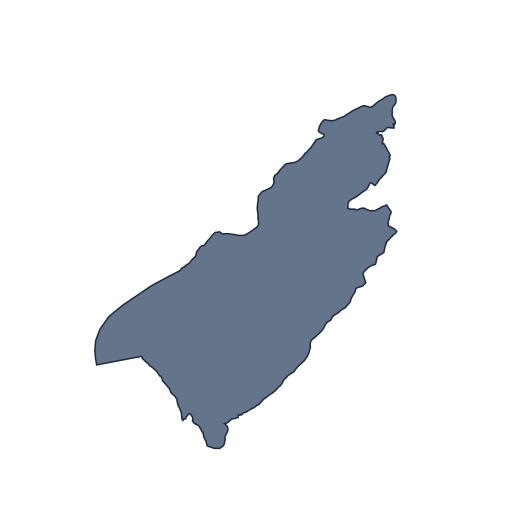 Tota, Boyacá, Colombia (Mercator projection), rotated 198°
{"feature_id": "7082276B21893770290746", "entity_name": "Tota", "entity_type": "district", "adm_level": 2, "iso_a3": "COL", "parent_name": "Colombia", "parent_adm1": "Boyacá", "projection": "mercator", "projection_center": [-73.015, 5.476], "detail": "fine", "context": "isolated", "style": "filled", "palette": "slate", "viewbox_px": 512, "rotation_deg": 198, "n_neighbors": 0, "source": "geoboundaries", "source_scale": "gbopen_adm2", "svg_char_len": 6058}
<svg xmlns="http://www.w3.org/2000/svg" viewBox="0 0 512 512"><g transform="rotate(198 256 256)"><path d="M243.8,60.3L243.3,60.4L241.7,60.2L235.9,60.2L233.4,61.1L231.6,61.5L230.8,62.1L228.7,64.9L228.2,66.5L228.1,67.6L228.5,70.7L228.5,71.6L228.4,71.9L229.7,74.2L229.7,75.0L229.4,75.9L229.4,77.4L229.0,78.9L228.9,79.7L228.9,80.9L229.3,83.1L230.7,85.2L234.3,86.9L233.3,87.3L231.2,89.1L229.8,91.8L228.7,93.3L226.7,94.6L225.5,95.1L224.3,96.3L223.1,96.8L223.7,99.6L222.9,99.4L222.2,99.6L220.9,100.4L220.3,101.0L220.0,101.7L219.6,103.1L217.7,104.0L216.8,104.8L215.9,106.1L212.5,109.9L211.0,111.1L209.0,114.3L207.7,115.2L207.1,116.1L204.8,121.7L202.6,124.7L199.7,129.0L197.6,131.2L196.8,132.9L195.7,134.4L193.8,138.8L193.0,139.7L192.3,141.4L191.9,142.7L191.2,147.2L189.8,149.4L188.7,152.0L188.1,153.0L184.6,157.1L184.1,157.8L183.2,160.9L181.3,165.3L178.0,170.8L177.3,172.7L176.2,176.2L175.9,178.6L175.8,181.7L176.1,184.3L175.9,185.6L177.2,188.9L177.5,190.4L177.3,193.0L174.2,197.9L173.4,199.6L171.7,202.3L170.3,205.4L169.3,208.3L168.9,212.4L167.9,214.7L167.3,215.7L165.3,217.8L164.9,218.8L164.7,220.8L163.8,223.2L159.9,227.8L159.2,229.5L157.8,231.6L157.1,232.2L156.0,233.5L155.1,234.3L154.5,236.3L153.2,238.8L152.1,241.9L152.5,243.7L152.1,247.0L150.7,252.4L151.0,255.2L150.8,256.1L149.0,257.9L146.5,259.4L145.4,260.4L143.4,264.4L147.9,270.9L148.6,272.2L148.8,273.3L147.7,275.9L145.8,279.4L144.4,281.5L140.8,284.4L139.8,285.0L140.4,292.8L139.7,293.8L137.9,296.0L136.5,297.5L135.5,299.0L136.2,304.8L136.1,307.0L135.9,308.4L136.4,309.3L134.0,313.9L133.6,315.3L132.6,316.8L131.9,318.7L131.4,319.5L130.6,320.1L129.7,322.9L130.8,323.6L132.8,324.5L133.6,324.7L136.9,325.2L139.5,325.8L140.5,328.0L140.9,330.8L140.8,332.0L141.0,334.2L141.4,335.6L141.3,336.3L140.9,337.6L141.0,339.1L141.2,339.9L142.1,340.7L143.6,341.5L145.6,343.4L146.2,343.7L147.4,344.9L148.3,344.4L149.1,343.3L151.1,342.1L152.5,340.7L152.7,340.0L153.4,339.3L154.4,338.8L154.9,337.8L155.6,337.2L156.1,336.5L158.0,335.4L159.6,335.2L160.9,334.3L164.7,334.4L167.5,335.0L168.1,334.6L169.4,334.6L170.0,334.1L170.5,334.0L172.4,332.6L173.1,331.6L174.0,331.0L174.5,330.9L175.1,331.1L176.2,331.1L177.7,330.8L178.6,330.4L179.6,330.2L180.0,329.8L180.4,329.8L181.0,329.3L181.8,329.8L182.3,329.9L183.1,329.7L183.4,330.2L184.7,334.2L184.5,336.9L181.9,340.3L180.1,341.9L178.5,343.8L174.7,349.4L171.9,352.9L171.1,354.5L170.5,357.3L170.2,359.6L169.9,360.7L169.6,361.1L168.4,361.1L165.4,359.9L164.6,359.9L163.1,363.6L162.7,365.4L162.1,367.1L158.1,375.9L158.0,376.4L158.3,377.4L158.5,380.1L158.4,382.3L158.6,383.2L158.7,389.2L158.9,390.2L159.2,390.6L159.8,390.7L159.9,390.9L159.3,393.0L161.7,395.6L162.8,396.4L164.6,398.3L168.9,402.2L169.3,402.4L169.6,402.4L170.1,401.8L170.4,401.6L170.6,401.8L171.1,404.8L171.1,406.2L171.3,406.7L172.0,407.5L172.2,408.0L172.8,407.8L173.2,408.4L173.3,409.2L173.9,409.8L174.3,410.0L174.8,410.0L175.6,409.1L175.9,409.0L176.2,409.0L177.0,409.7L178.1,410.5L179.0,410.1L179.4,410.1L179.5,410.3L179.4,410.9L179.1,411.1L176.5,412.8L174.6,413.2L173.6,413.7L172.9,414.5L172.6,415.5L171.7,416.7L171.5,417.9L171.2,418.5L170.6,418.9L169.7,418.9L169.2,419.3L167.3,419.4L166.6,419.9L165.3,420.0L164.5,420.2L164.3,420.3L164.5,421.1L165.1,421.5L164.9,422.9L165.0,423.2L165.3,423.4L166.2,423.6L166.3,423.8L165.0,424.2L164.7,424.5L164.6,425.1L164.7,426.0L165.3,427.1L166.5,428.5L168.4,429.9L169.5,431.0L170.3,432.5L170.6,434.1L171.2,435.5L171.9,439.2L171.8,440.2L170.8,443.0L170.5,444.5L170.6,446.4L171.2,448.2L172.5,450.7L173.0,451.2L174.3,451.8L175.6,451.8L176.9,451.4L180.3,448.8L182.3,446.9L184.1,444.3L186.7,441.5L188.5,439.1L191.1,434.8L192.5,433.2L193.2,432.7L194.3,432.6L199.4,432.5L200.2,432.2L202.4,430.5L205.0,427.7L207.6,425.4L209.4,423.5L211.1,421.3L212.7,419.5L215.2,416.2L221.5,411.0L222.7,409.7L224.5,408.6L226.5,407.9L230.0,407.2L232.5,407.0L233.2,406.6L233.7,405.8L234.9,403.1L235.5,400.1L235.7,396.8L235.5,394.7L235.1,394.0L234.8,393.8L232.9,393.1L229.5,392.5L228.8,392.0L228.5,391.6L228.5,390.9L229.1,389.6L229.9,388.7L233.0,386.5L234.7,385.0L237.5,375.5L238.5,373.8L240.0,370.0L241.1,368.9L242.3,364.8L245.4,359.5L247.1,357.7L248.5,356.8L255.2,353.4L256.4,352.3L256.8,351.6L257.7,349.4L258.5,348.0L258.7,347.4L259.6,345.5L261.3,340.8L263.0,338.6L263.3,335.5L262.8,334.1L261.8,332.0L261.6,331.1L261.8,329.0L262.2,327.2L262.8,326.0L263.8,324.9L266.8,321.9L268.2,320.7L268.7,320.4L270.1,319.1L271.9,314.6L272.2,313.6L272.1,312.5L271.4,310.5L271.0,308.1L269.6,301.6L267.4,297.1L265.7,292.7L265.9,292.7L265.8,292.4L264.0,289.0L263.4,286.7L263.5,285.3L264.2,283.5L269.6,276.3L272.5,273.1L273.5,272.3L274.6,271.6L277.7,270.6L279.9,270.1L283.9,269.6L290.0,268.5L292.4,267.6L293.6,267.0L294.6,266.7L295.0,266.7L296.1,267.1L298.5,267.8L299.8,266.6L301.1,266.4L302.0,265.8L304.3,261.7L304.9,259.2L306.9,255.2L308.3,251.0L308.5,249.9L308.9,249.7L309.7,249.5L311.2,248.4L312.1,246.8L312.3,245.5L313.2,243.6L313.8,241.1L313.4,239.2L313.5,237.0L314.4,235.0L315.4,233.6L317.0,229.0L320.2,224.9L320.4,224.5L320.3,224.1L322.9,221.5L323.4,219.4L324.0,218.3L331.8,210.6L346.2,195.5L367.3,168.4L377.2,153.0L381.8,138.0L382.3,125.9L380.2,116.6L377.3,109.7L373.9,103.2L334.9,124.6L334.0,125.0L333.4,125.0L332.8,124.5L332.6,123.4L330.9,122.8L327.3,120.9L325.4,120.3L323.5,118.8L321.6,118.4L319.9,117.9L314.4,115.4L312.9,113.9L310.2,112.1L309.7,112.4L308.5,111.5L307.0,109.8L306.5,108.4L303.9,107.2L297.6,103.2L296.2,101.8L295.6,100.7L294.9,100.0L292.6,98.7L290.3,97.9L289.1,97.1L288.1,96.1L286.8,95.2L286.1,93.4L284.0,89.8L282.5,88.5L279.2,84.7L278.2,83.0L277.6,81.6L277.0,80.6L276.8,79.7L276.3,78.8L276.2,78.1L275.2,77.7L274.9,77.0L274.5,77.3L274.4,78.2L274.2,78.6L273.7,79.0L273.1,79.0L272.6,79.4L272.5,79.9L272.8,80.8L272.8,81.2L271.9,82.9L271.4,84.4L270.9,85.3L270.3,85.5L269.8,85.4L267.2,83.7L266.2,82.6L265.7,81.8L265.6,79.8L265.4,79.4L264.7,79.3L264.0,78.2L263.1,78.1L262.4,77.6L261.6,77.8L261.4,77.4L261.0,77.3L259.1,77.1L257.8,76.7L256.0,75.1L255.8,74.8L254.6,73.9L253.3,72.3L251.7,71.8L251.7,71.1L251.2,70.6L249.7,67.8L245.8,63.7L243.8,60.3Z" fill="#64748b" stroke="#1e293b" stroke-width="1.5"/></g></svg>